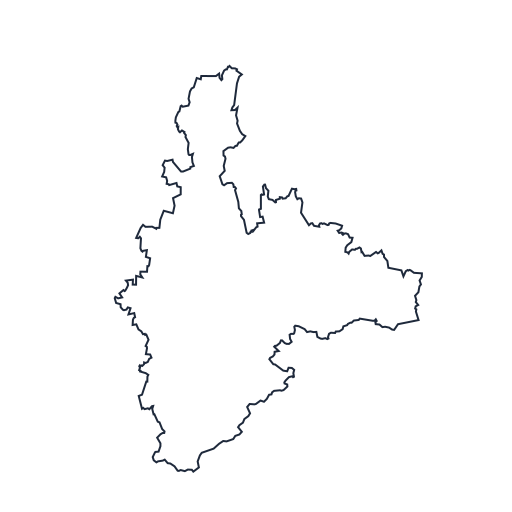 outline of Boyle Lea-6, Roscommon, Ireland, rotated 74°
{"feature_id": "5873133B69148251137192", "entity_name": "Boyle Lea-6", "entity_type": "district", "adm_level": 2, "iso_a3": "IRL", "parent_name": "Ireland", "parent_adm1": "Roscommon", "projection": "orthographic", "projection_center": [-8.266, 53.929], "detail": "fine", "context": "isolated", "style": "outline", "palette": "slate", "viewbox_px": 512, "rotation_deg": 74, "n_neighbors": 0, "source": "geoboundaries", "source_scale": "gbopen_adm2", "svg_char_len": 6132}
<svg xmlns="http://www.w3.org/2000/svg" viewBox="0 0 512 512"><g transform="rotate(74 256 256)"><path d="M311.3,114.1L311.9,116.2L316.2,119.9L309.9,120.2L303.8,132.0L297.0,131.1L292.3,133.2L289.9,132.6L288.8,133.7L285.2,133.9L286.9,137.3L287.0,138.3L285.2,139.5L287.5,146.2L286.6,147.6L285.8,151.6L281.3,152.8L281.4,153.5L277.7,153.1L276.3,154.2L276.9,156.9L276.6,158.0L277.3,159.2L276.2,161.8L277.7,165.2L279.2,166.3L277.8,167.0L276.6,169.0L272.7,167.5L270.8,165.3L268.9,160.5L265.1,158.2L264.1,160.9L260.4,161.5L259.0,163.4L258.8,164.8L259.6,166.6L258.7,167.1L257.7,166.4L257.0,167.4L256.8,169.7L254.2,170.5L254.2,169.0L253.0,166.4L250.6,164.9L246.7,170.5L244.7,175.4L244.9,176.7L246.1,177.6L246.0,178.7L243.4,181.6L243.5,183.2L242.5,184.1L242.4,185.5L243.8,187.0L245.3,187.1L243.0,191.9L240.0,192.8L239.8,194.2L241.0,196.6L226.8,200.8L217.3,196.6L213.2,196.8L212.3,198.9L212.8,200.6L209.6,201.3L205.4,200.8L204.1,200.0L204.1,199.1L202.6,198.9L202.4,200.6L201.2,202.9L207.3,208.2L207.2,209.4L208.7,211.6L208.2,214.6L206.9,214.8L206.0,216.9L207.5,217.3L207.6,221.4L209.8,222.0L209.8,222.7L206.6,224.7L204.9,228.0L202.1,228.3L196.7,226.1L193.6,227.7L189.9,227.6L189.7,228.3L191.1,230.2L199.1,231.3L199.1,232.7L198.3,233.6L198.7,234.5L212.0,238.3L212.1,240.2L212.5,240.4L219.7,241.3L220.0,238.8L226.2,239.0L224.9,245.9L228.2,246.4L228.5,248.0L230.9,251.2L230.2,251.2L230.3,253.3L231.6,253.3L231.3,254.6L232.3,255.2L232.7,257.4L231.1,258.6L217.9,257.6L213.6,259.4L212.3,259.1L212.0,258.2L208.7,257.7L205.5,259.3L199.1,258.1L186.9,258.0L185.5,256.6L183.8,257.3L183.5,258.4L180.9,258.0L179.0,259.0L178.0,263.7L179.2,267.2L177.8,268.5L169.3,268.9L165.5,262.6L160.5,262.2L154.1,258.5L151.8,258.4L150.5,259.5L146.2,258.4L144.2,253.0L144.5,250.5L145.9,247.8L144.5,245.4L144.8,244.0L142.5,241.7L142.1,241.1L142.5,240.0L141.1,237.4L137.8,233.2L135.1,235.7L131.2,237.0L123.4,237.7L120.9,236.4L115.3,236.4L108.3,232.9L109.9,236.0L109.1,239.4L106.7,237.8L104.9,235.4L84.8,226.7L79.0,222.8L77.6,219.6L72.5,223.7L71.3,222.8L69.9,224.4L68.9,227.5L66.0,229.1L66.7,230.2L66.4,230.8L68.6,232.5L68.3,233.7L69.0,235.6L73.0,239.0L76.7,239.6L77.4,240.8L74.7,241.9L70.5,241.2L72.0,244.9L67.9,259.0L70.9,260.4L68.6,263.9L76.7,269.3L77.2,271.7L79.6,274.1L86.3,277.5L89.9,277.4L92.8,279.5L92.3,285.3L90.9,286.1L91.2,287.1L95.9,289.8L96.2,291.0L100.6,294.8L103.7,296.2L105.6,296.7L106.2,295.7L108.1,295.3L109.2,296.4L110.5,296.1L110.4,295.1L112.7,296.1L115.2,295.6L116.1,295.0L114.9,292.6L117.1,290.6L117.8,291.2L120.5,290.1L122.2,291.0L128.7,289.6L134.6,292.1L139.6,292.8L140.5,292.4L140.8,291.3L140.4,288.5L143.2,290.3L148.5,291.3L152.3,290.9L152.5,294.6L153.9,295.1L154.7,302.9L154.1,304.8L142.7,309.9L140.4,309.7L140.2,315.2L139.2,317.2L143.0,320.7L145.9,319.5L149.9,321.1L153.7,324.3L155.6,320.7L159.3,320.7L162.0,322.0L163.0,320.1L163.9,319.9L163.9,312.3L167.4,312.5L169.1,309.4L176.0,311.4L177.5,319.8L185.2,320.4L192.0,324.1L187.1,332.2L194.7,338.0L202.3,341.1L201.5,344.0L202.3,344.4L199.2,347.7L197.5,354.2L194.9,356.0L197.2,359.1L205.6,366.2L206.5,364.3L205.5,362.4L207.3,361.7L216.7,365.0L219.4,364.7L220.5,363.9L219.9,363.1L220.3,359.3L226.5,362.1L229.0,358.4L235.2,361.2L236.2,362.2L235.8,363.2L241.1,365.1L239.2,371.4L241.7,372.3L245.3,371.2L242.1,376.7L250.5,379.2L249.5,382.4L244.8,380.8L243.8,387.8L246.3,386.7L248.8,387.0L251.1,389.0L253.3,391.3L253.5,392.0L252.2,392.8L254.3,397.6L258.9,396.1L258.7,400.2L256.5,402.4L257.6,403.4L262.6,403.4L265.0,399.5L268.0,400.2L271.1,398.7L271.7,397.9L271.8,395.3L270.1,393.4L271.6,391.0L277.0,394.7L277.3,388.8L281.5,389.1L281.8,390.5L283.2,391.8L288.3,393.6L288.7,389.9L294.2,389.2L296.8,387.0L300.0,386.2L300.2,384.3L301.3,384.3L301.3,383.1L306.9,382.4L312.1,386.9L313.1,386.0L314.6,386.2L320.0,388.9L321.5,384.9L324.9,384.5L325.4,387.0L328.0,389.2L328.4,391.6L327.5,392.9L329.1,393.4L330.3,395.6L329.6,396.4L330.2,397.5L329.2,397.9L329.8,398.6L331.4,398.3L333.5,399.8L334.4,398.7L335.1,399.2L338.2,394.3L340.6,392.3L342.0,393.6L346.8,395.1L346.5,396.1L357.9,403.8L358.2,407.3L371.4,407.7L370.9,406.3L372.5,405.3L372.6,401.9L373.9,400.8L371.7,397.4L371.8,396.2L374.4,397.9L380.0,398.1L380.1,397.3L388.2,396.1L389.3,394.6L396.5,393.9L399.4,392.3L400.8,393.0L400.4,394.5L401.0,396.9L403.4,401.1L409.7,399.5L412.5,400.3L417.2,403.6L416.6,406.7L417.0,407.3L420.8,410.7L424.2,410.6L426.9,408.6L426.4,406.8L427.0,402.0L426.6,399.9L430.8,398.0L431.9,395.5L435.7,392.3L440.8,390.5L441.3,389.4L441.0,387.4L443.2,383.7L442.5,380.4L443.8,376.6L446.0,375.7L443.5,369.2L437.4,368.7L432.2,364.9L430.2,362.4L429.5,349.8L426.3,343.2L424.8,338.5L426.1,335.4L425.7,328.3L423.2,325.5L423.0,321.2L421.1,318.1L415.6,320.4L414.0,318.5L412.6,314.5L409.5,312.1L407.8,307.5L405.6,305.1L398.7,306.1L396.5,302.9L398.2,298.3L398.2,296.8L396.2,291.5L398.3,288.5L396.3,284.9L393.0,281.7L393.3,279.3L391.5,278.1L390.6,275.8L391.7,269.9L392.5,268.7L392.5,266.5L390.1,261.8L388.1,261.4L386.4,263.7L385.3,263.6L383.9,261.9L381.5,257.7L381.6,254.4L382.7,253.8L382.5,252.8L378.9,252.4L376.0,250.7L373.5,252.4L372.4,255.5L375.4,257.8L373.7,261.4L365.6,267.5L364.8,269.2L358.9,271.6L357.8,270.5L357.2,267.5L355.8,265.4L353.2,264.5L353.6,260.4L348.2,263.5L347.6,262.5L347.9,261.0L346.2,257.0L344.0,255.3L344.3,254.2L347.6,252.4L348.9,250.8L349.6,248.5L348.3,245.4L345.2,246.1L341.0,245.4L340.5,243.9L341.2,241.3L340.6,240.5L337.9,239.0L334.6,238.7L333.8,237.5L335.3,234.3L339.7,229.4L343.2,227.9L343.4,224.6L345.0,221.7L345.6,218.9L350.7,219.3L353.1,216.8L353.9,215.2L354.1,212.0L355.5,210.4L355.3,209.1L353.9,209.2L350.9,207.2L350.4,205.1L351.8,201.2L350.6,200.2L351.4,196.6L350.2,192.9L347.7,191.4L347.6,187.5L346.6,186.3L346.1,183.6L346.5,182.5L345.0,179.7L345.8,174.9L344.8,173.5L350.6,161.3L350.8,159.7L349.9,158.3L351.7,157.9L352.5,159.5L354.5,159.7L355.9,156.2L359.2,154.1L359.6,151.4L361.5,147.8L364.2,145.5L365.1,143.6L360.7,138.3L362.4,117.4L353.5,117.6L351.5,116.6L350.4,117.5L348.4,116.4L347.8,113.6L344.3,115.1L342.6,114.0L338.1,114.1L335.6,109.9L330.3,107.3L328.8,105.3L324.6,105.5L321.8,102.4L318.4,101.3L315.7,108.8L312.3,111.4L311.7,112.2L312.0,113.5L311.3,114.1Z" fill="none" stroke="#1e293b" stroke-width="2"/></g></svg>